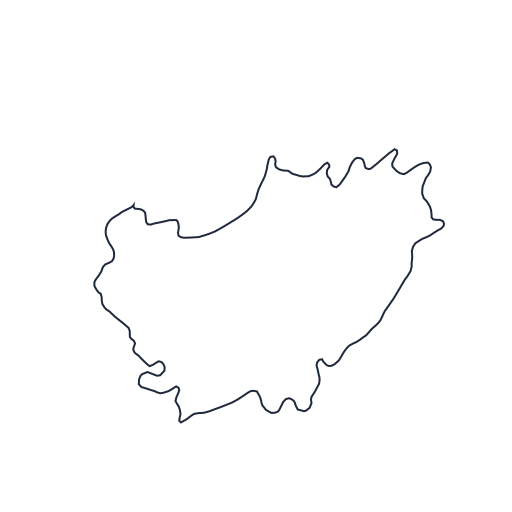 outline of Cherykaw, Mogilev, Belarus, rotated 307°
{"feature_id": "67162791B83279044546130", "entity_name": "Cherykaw", "entity_type": "district", "adm_level": 2, "iso_a3": "BLR", "parent_name": "Belarus", "parent_adm1": "Mogilev", "projection": "equal_earth", "projection_center": [31.375, 53.616], "detail": "fine", "context": "isolated", "style": "outline", "palette": "slate", "viewbox_px": 512, "rotation_deg": 307, "n_neighbors": 0, "source": "geoboundaries", "source_scale": "gbopen_adm2", "svg_char_len": 4334}
<svg xmlns="http://www.w3.org/2000/svg" viewBox="0 0 512 512"><g transform="rotate(307 256 256)"><path d="M388.3,387.0L390.0,387.5L393.0,387.7L394.9,386.8L396.3,384.4L395.6,381.2L393.4,378.3L391.9,375.5L392.5,373.0L394.9,371.1L398.2,368.0L400.3,364.8L402.4,359.6L403.1,355.3L405.7,351.3L408.7,349.1L412.1,347.1L417.0,345.8L420.3,344.8L424.1,344.8L428.2,344.3L432.0,342.4L433.7,339.9L434.1,337.1L431.3,334.0L428.0,331.7L424.8,330.1L420.1,328.4L413.0,326.2L410.4,324.9L408.7,321.1L408.5,316.9L409.5,311.3L411.6,309.2L415.8,308.2L422.7,307.2L425.1,305.0L424.6,302.3L421.4,301.5L418.5,300.5L414.7,299.7L409.5,298.5L406.8,297.9L403.2,297.2L395.0,295.1L393.3,293.9L392.2,290.7L393.4,288.6L394.8,287.2L395.9,285.6L397.2,283.3L397.2,281.2L395.3,277.7L392.8,276.6L388.7,276.5L384.0,277.3L379.0,278.9L372.6,279.6L363.4,279.8L359.3,278.8L358.3,276.5L358.4,273.3L360.3,271.1L362.0,268.8L362.7,265.3L364.6,262.8L367.6,261.0L370.9,260.9L371.0,261.0L372.3,260.2L373.2,258.6L373.4,256.8L370.4,255.5L368.2,255.2L364.2,254.8L358.4,253.7L355.1,252.2L351.5,250.1L347.7,245.6L346.3,242.9L344.8,238.8L343.6,235.6L343.4,230.4L340.4,225.8L339.1,222.3L338.9,218.7L340.4,216.3L343.2,214.8L345.2,212.8L346.1,210.0L343.8,207.8L340.5,208.2L334.7,210.8L332.4,212.1L326.2,214.6L323.9,215.3L316.5,216.7L310.7,218.0L305.9,219.7L301.5,221.6L296.8,222.3L292.5,222.5L286.4,221.7L281.9,220.5L275.7,218.6L271.0,216.8L265.6,214.7L260.6,212.7L254.3,210.0L250.6,208.3L245.8,205.4L241.6,202.5L236.7,198.9L232.5,194.0L229.7,190.6L227.1,187.3L225.8,184.6L225.6,182.0L227.4,179.9L230.1,178.4L232.7,177.0L235.3,174.2L236.4,172.6L236.8,170.9L235.5,169.1L232.6,165.4L226.7,160.5L223.7,157.8L220.6,155.1L217.6,152.9L216.2,150.3L216.9,148.1L219.0,145.9L221.6,143.6L224.0,141.2L224.4,138.7L223.9,135.8L222.1,132.6L220.9,130.7L221.5,128.5L223.0,127.6L222.2,127.6L219.8,127.1L218.0,126.2L214.2,124.3L210.4,122.4L206.8,121.4L201.8,119.3L198.5,118.3L197.4,118.2L195.5,118.0L192.0,118.2L188.3,119.3L185.3,121.0L182.4,123.5L179.6,127.8L177.9,131.0L176.6,134.8L175.2,138.1L173.2,140.7L170.4,142.8L168.2,143.8L165.2,144.1L162.4,142.9L158.6,140.7L155.7,140.4L153.9,140.7L150.5,141.8L145.3,142.2L142.1,142.2L139.3,142.3L137.3,143.0L134.7,145.2L133.1,148.9L132.2,151.9L132.4,154.7L130.0,157.8L127.7,159.5L125.3,162.1L123.8,165.7L123.3,168.4L123.5,172.6L122.6,180.0L122.5,185.0L122.3,191.7L121.9,197.5L120.2,200.2L118.1,201.9L115.5,203.9L114.8,206.1L114.8,209.4L113.4,212.0L110.4,213.0L107.8,213.9L107.5,214.3L106.6,215.5L105.7,217.7L105.7,222.3L105.1,225.9L104.7,228.5L104.3,232.0L104.0,234.7L104.0,237.3L106.9,239.1L110.4,240.4L113.4,241.7L114.4,244.3L113.9,247.2L112.3,249.9L109.3,251.9L103.0,251.2L100.8,249.0L99.5,244.4L98.8,242.0L98.1,239.2L93.2,236.2L90.7,235.9L86.8,237.0L83.1,239.6L82.4,243.4L83.4,246.1L84.6,249.4L85.9,253.3L87.0,256.2L87.6,259.1L88.8,262.2L91.0,264.3L95.5,267.5L98.9,268.9L103.8,270.7L104.1,273.5L102.6,275.5L99.7,276.4L95.2,277.5L91.8,278.9L90.7,281.2L89.3,284.9L87.2,287.9L84.2,290.9L80.8,292.4L78.2,293.9L77.9,296.2L83.7,298.8L89.4,300.4L92.5,301.5L95.8,304.5L99.2,308.5L103.6,312.0L109.3,315.6L115.2,319.4L120.1,322.4L124.6,325.1L130.1,327.6L136.4,329.9L142.1,331.8L145.2,333.3L147.0,335.4L148.4,338.4L147.4,340.4L146.6,342.5L145.4,344.7L143.4,347.3L141.9,348.9L140.4,351.3L139.9,353.6L139.1,356.6L139.5,360.0L140.0,362.9L142.5,365.7L145.2,367.2L147.0,367.2L151.4,366.4L153.3,366.0L155.9,365.5L159.7,366.0L162.3,368.0L163.0,370.6L163.1,373.3L162.3,375.2L160.8,377.2L159.8,379.1L158.5,381.8L159.4,383.7L160.9,387.7L162.3,388.9L167.1,390.2L172.0,388.8L174.3,386.4L176.9,385.1L182.9,384.7L187.9,383.9L191.7,383.3L194.7,381.8L197.4,379.6L198.8,377.7L202.5,373.5L203.7,371.9L205.3,370.0L207.9,368.9L211.2,369.0L213.3,370.9L212.3,372.8L211.6,376.4L211.4,378.6L212.2,380.7L213.8,382.4L216.9,383.9L222.4,385.0L227.0,384.6L231.7,384.0L234.3,383.9L238.2,384.0L241.1,384.6L243.9,385.9L247.6,387.9L251.6,389.4L254.2,390.1L259.0,391.7L263.5,392.1L265.4,392.1L269.2,392.7L272.3,393.4L276.3,394.0L279.5,394.0L283.4,393.3L285.8,392.7L289.6,392.0L297.2,391.8L304.8,391.5L315.3,390.4L322.1,389.6L326.8,389.1L330.9,389.1L336.9,388.5L341.1,386.8L343.3,385.0L348.2,382.1L351.4,379.6L353.7,377.5L357.8,375.9L362.1,375.6L368.1,377.8L370.0,378.6L373.0,380.4L376.4,382.3L380.3,383.7L382.4,384.4L385.4,385.6L387.9,386.6L388.3,387.0Z" fill="none" stroke="#1e293b" stroke-width="2"/></g></svg>